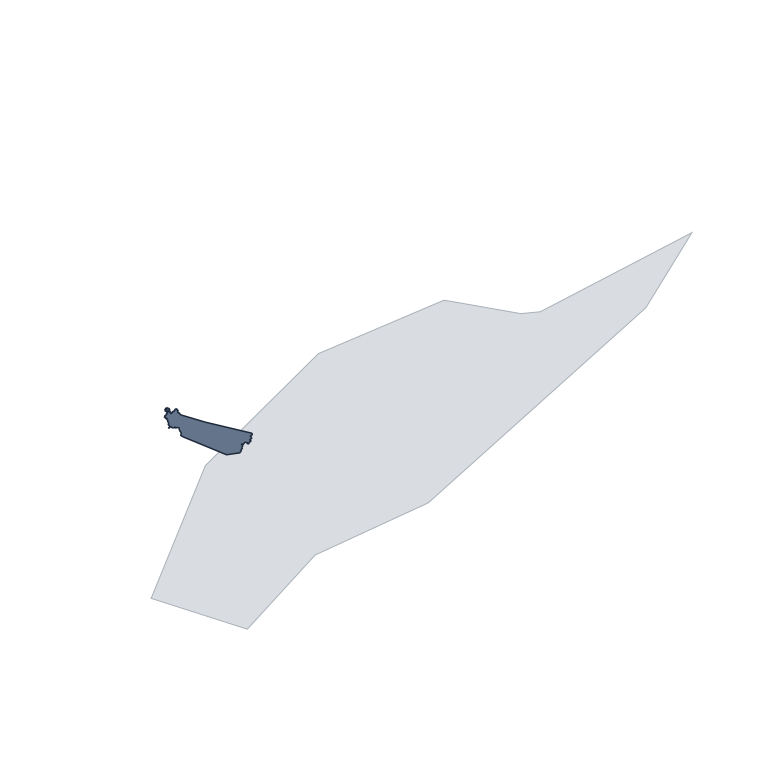 Ngchemiangel, Aimeliik, Palau shown in context, rotated 40°
{"feature_id": "81905179B62716900655722", "entity_name": "Ngchemiangel", "entity_type": "district", "adm_level": 2, "iso_a3": "PLW", "parent_name": "Palau", "parent_adm1": "Aimeliik", "projection": "natural_earth1", "projection_center": [134.478, 7.454], "detail": "fine", "context": "in_parent", "style": "filled", "palette": "slate", "viewbox_px": 768, "rotation_deg": 40, "n_neighbors": 0, "source": "geoboundaries", "source_scale": "gbopen_adm2", "svg_char_len": 4743}
<svg xmlns="http://www.w3.org/2000/svg" viewBox="0 0 768 768"><g transform="rotate(40 384 384)"><path d="M436.9,659.7L343.4,697.9L299.6,561.3L314.2,402.9L376.1,281.2L443.5,242.2L457.3,228.2L522.6,70.1L535.6,157.3L494.3,446.6L441.2,559.2L436.9,659.7Z" fill="#d9dde1" stroke="#a8b0b8" stroke-width="1"/><path d="M248.3,538.2L247.8,538.3L247.6,538.3L247.2,538.1L246.9,538.0L246.3,537.9L246.0,537.9L245.8,537.9L245.6,537.9L245.6,538.0L245.4,538.0L245.2,538.2L244.9,538.1L244.7,538.2L244.4,538.2L244.2,538.2L244.0,537.8L243.8,537.7L243.7,537.6L243.4,537.4L243.2,537.1L242.8,536.9L242.7,536.8L242.5,536.7L242.4,536.7L242.5,536.6L242.4,536.6L242.2,536.7L241.9,536.5L241.7,536.5L241.4,536.5L241.3,536.4L241.0,536.5L240.8,536.9L240.5,537.2L240.3,537.4L240.4,537.6L240.3,538.0L240.4,538.3L240.5,538.6L240.5,538.8L240.6,539.0L240.7,539.3L240.6,539.5L240.5,539.8L240.4,539.9L240.4,540.0L240.2,540.1L240.1,540.4L240.2,540.6L240.2,540.8L240.0,541.1L239.9,541.2L239.8,541.3L240.0,541.6L239.9,541.6L239.8,541.8L239.9,542.1L239.9,542.8L239.8,543.0L239.4,543.8L239.2,543.7L239.0,543.3L238.8,543.4L238.7,543.4L238.6,543.1L238.4,543.0L238.2,542.9L237.9,542.9L237.7,542.8L237.6,542.7L237.5,542.4L237.4,542.4L237.2,542.3L237.3,542.6L237.1,542.7L236.9,542.7L236.6,542.7L236.4,542.7L236.4,542.8L236.3,542.7L236.2,542.6L236.3,542.4L236.2,542.3L236.2,542.2L236.2,541.8L236.3,541.6L236.2,541.4L236.0,541.2L235.8,541.1L235.5,541.1L235.4,541.0L235.2,541.0L234.9,541.1L234.5,541.2L234.2,541.3L234.1,541.6L233.9,541.5L233.7,541.6L233.3,541.8L233.4,542.1L233.5,542.3L233.3,542.4L233.2,542.3L233.2,542.5L232.8,542.5L232.8,542.8L232.7,542.8L232.4,543.1L232.6,543.4L232.6,543.5L232.7,543.4L232.8,543.6L232.9,543.8L233.0,544.0L233.3,544.1L233.5,544.1L233.9,543.9L234.0,543.9L234.0,544.0L233.7,544.1L233.6,544.3L233.6,544.5L233.4,544.5L233.1,544.5L233.2,544.8L233.4,545.0L233.7,545.1L234.0,545.2L234.0,545.3L234.3,545.3L234.4,545.2L234.5,544.9L234.5,544.7L234.4,544.5L234.3,544.4L234.5,544.5L235.0,544.7L235.3,544.5L235.5,544.4L235.5,544.2L235.8,544.3L236.1,544.3L236.2,544.5L236.3,544.6L236.6,544.7L236.6,544.8L236.6,545.0L236.4,545.2L236.4,545.3L236.5,545.5L236.6,545.8L236.3,545.9L236.4,546.1L236.4,546.4L236.5,546.7L236.7,546.8L237.0,547.4L237.1,547.5L236.9,548.1L236.7,548.3L236.7,548.6L236.6,548.8L236.6,549.0L236.8,549.1L236.8,549.3L236.8,549.5L236.7,549.6L236.8,549.8L237.1,549.8L237.0,550.2L237.1,550.4L237.3,550.3L237.6,550.4L237.9,550.4L238.3,550.3L238.5,550.3L238.6,550.5L238.7,550.4L238.9,550.5L239.0,550.4L239.2,550.2L239.4,550.1L239.6,550.3L239.7,550.2L239.8,550.4L240.1,550.5L240.2,550.3L240.4,550.3L240.7,550.4L240.8,550.4L240.8,550.7L241.0,550.7L241.2,550.8L241.3,550.7L241.5,550.8L241.6,551.0L242.0,551.4L242.4,551.6L242.6,551.8L242.9,551.7L243.1,551.8L243.5,551.9L243.7,552.0L243.8,552.3L244.1,552.5L244.3,552.7L244.5,552.9L244.5,553.1L244.6,553.3L244.7,553.2L244.9,553.4L245.1,553.5L245.2,553.8L245.5,553.9L246.0,553.8L246.1,554.0L246.5,554.2L246.9,554.2L247.4,554.2L247.7,554.1L247.5,555.1L247.4,555.5L247.2,555.8L247.2,556.0L247.3,556.1L247.5,556.0L247.8,555.7L247.9,555.2L247.7,555.0L247.9,554.1L248.0,553.9L248.1,554.0L248.5,553.9L248.8,553.7L249.0,553.7L249.1,553.8L249.6,553.7L250.2,553.4L250.6,553.2L251.2,552.7L251.6,552.1L251.7,551.8L251.8,551.8L251.6,551.4L251.9,551.3L252.0,551.4L252.4,551.2L252.6,551.1L252.8,551.2L253.0,551.2L253.6,550.3L253.8,550.0L254.0,549.9L254.4,549.7L254.7,549.6L255.1,549.5L255.2,549.4L255.8,549.7L255.9,550.0L256.0,550.2L256.9,550.7L257.2,550.8L257.7,551.0L257.8,551.2L258.4,551.2L258.6,551.3L258.9,551.4L259.0,551.4L259.2,551.6L259.9,551.7L260.2,552.1L260.6,552.3L260.9,552.9L261.0,553.2L261.0,553.5L261.5,554.1L264.5,553.5L308.9,539.4L317.8,529.4L317.6,528.8L317.7,528.1L317.7,527.8L317.7,527.2L317.4,526.9L317.1,526.6L316.8,526.4L316.9,524.6L316.4,524.3L316.1,524.1L315.8,523.6L315.7,522.8L315.7,522.4L315.5,522.2L315.0,521.9L314.7,522.0L314.2,522.0L313.9,522.0L313.7,521.7L313.8,521.2L314.1,521.0L314.5,521.0L314.7,520.8L315.0,520.6L315.0,520.3L315.0,520.0L314.9,519.4L314.8,518.5L315.2,517.9L315.4,517.7L315.6,517.5L315.8,517.4L316.0,517.4L316.6,517.4L316.8,517.3L316.9,517.2L317.0,517.0L317.3,516.7L317.5,516.8L317.7,517.2L317.9,517.4L318.1,517.4L318.3,517.3L318.5,517.0L318.5,516.8L318.7,516.7L318.5,515.5L318.4,514.8L318.4,514.5L318.5,514.3L318.6,514.0L318.7,513.8L318.8,513.5L318.8,513.3L318.7,513.2L318.4,513.1L318.2,513.1L317.9,513.2L317.5,513.2L317.3,513.2L317.2,513.1L317.1,512.9L316.9,512.6L317.0,512.3L317.2,511.9L317.3,511.7L317.5,511.3L317.6,511.0L317.5,510.8L317.4,510.6L317.1,510.3L315.7,509.8L315.2,509.8L315.4,509.4L315.5,508.8L315.5,508.7L315.6,508.0L315.6,507.5L315.3,507.0L314.8,506.8L314.2,506.8L313.9,506.9L271.8,528.0L248.3,538.2Z" fill="#64748b" stroke="#1e293b" stroke-width="1.5"/></g></svg>